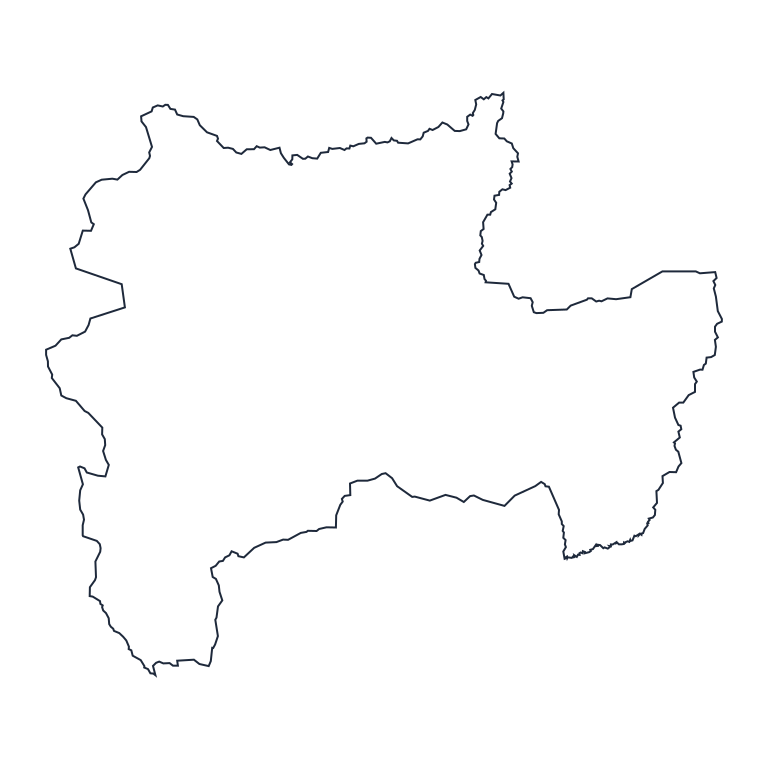 Sunyani West, Brong Ahafo, Ghana
{"feature_id": "2480657B93462158202754", "entity_name": "Sunyani West", "entity_type": "district", "adm_level": 2, "iso_a3": "GHA", "parent_name": "Ghana", "parent_adm1": "Brong Ahafo", "projection": "orthographic", "projection_center": [-2.305, 7.424], "detail": "fine", "context": "isolated", "style": "outline", "palette": "slate", "viewbox_px": 768, "rotation_deg": 0, "n_neighbors": 0, "source": "geoboundaries", "source_scale": "gbopen_adm2", "svg_char_len": 6064}
<svg xmlns="http://www.w3.org/2000/svg" viewBox="0 0 768 768"><path d="M503.4,92.8L500.4,95.5L492.0,94.0L488.4,98.4L486.3,97.1L483.8,99.3L480.7,97.0L475.3,100.0L476.2,104.4L474.8,109.9L472.8,113.1L473.3,115.0L472.6,115.8L470.2,114.6L467.2,116.8L467.2,121.0L468.5,124.4L466.2,129.3L459.8,131.1L454.7,130.9L447.3,124.5L442.4,122.5L438.4,127.0L432.6,130.0L429.5,128.8L428.0,130.9L423.7,132.7L422.7,136.4L420.3,139.4L417.5,139.3L408.1,143.4L398.1,142.7L397.0,140.8L393.8,140.4L391.5,138.0L389.8,141.3L387.5,142.4L384.8,141.9L376.2,143.7L371.0,137.8L367.6,137.6L366.4,138.4L366.6,141.7L364.5,143.3L358.8,143.9L353.3,146.3L350.3,145.6L349.4,148.5L346.5,148.4L344.5,150.0L339.9,148.0L332.3,148.9L329.2,147.9L328.1,152.0L320.8,152.8L317.2,158.6L312.3,158.2L307.9,156.5L305.3,158.7L302.9,158.8L297.2,154.9L292.4,155.4L292.3,159.3L290.0,162.3L292.1,164.1L291.4,164.9L289.0,164.4L283.8,157.8L280.9,153.2L279.5,147.7L270.3,150.0L264.6,147.3L259.8,147.6L256.7,146.2L254.0,149.2L246.7,149.3L241.4,153.9L236.3,152.5L232.9,148.9L228.1,147.7L223.7,148.0L217.0,141.0L218.0,138.7L217.0,135.9L207.0,132.3L199.8,125.2L197.3,119.4L193.7,116.9L183.2,116.2L177.2,114.5L175.0,109.6L170.4,108.9L167.9,104.9L165.3,104.8L162.8,106.5L157.7,105.4L152.8,107.5L151.6,111.4L141.1,116.3L141.5,121.4L146.0,127.1L152.0,146.9L149.2,152.4L150.0,155.9L149.3,158.2L140.1,169.8L136.6,172.0L129.1,171.8L122.4,175.0L117.4,179.6L112.4,178.7L101.7,179.7L95.9,182.3L85.5,194.4L83.4,198.6L88.0,210.2L91.3,222.4L93.8,224.2L91.0,230.8L82.8,230.6L78.7,243.8L74.4,247.3L70.3,248.7L75.9,268.4L121.7,284.2L124.9,307.4L90.4,318.5L88.6,325.0L85.1,331.6L76.9,335.8L72.4,335.3L69.2,337.8L61.3,339.4L55.5,345.7L46.1,349.7L46.1,354.9L47.9,361.3L48.0,366.5L52.2,374.6L51.8,378.0L59.7,388.2L61.3,395.5L66.3,398.2L75.9,400.8L84.6,411.0L88.3,412.9L102.3,427.6L102.1,434.4L104.8,439.1L105.2,445.1L103.1,451.0L105.9,459.9L108.8,464.9L105.4,476.4L97.9,475.7L86.8,472.5L84.5,468.3L80.0,466.5L78.2,467.4L82.9,484.3L80.2,490.3L79.2,500.6L80.2,509.6L83.1,514.6L84.0,519.7L82.7,525.2L82.7,535.3L83.1,536.2L96.8,540.9L99.8,544.2L100.6,548.2L100.2,551.8L95.4,561.5L96.0,577.2L95.0,580.1L89.9,587.2L89.7,596.1L92.7,596.6L100.0,601.1L100.4,603.9L102.7,605.4L102.1,607.1L103.2,610.5L106.0,613.1L108.7,618.2L109.2,624.1L110.8,626.7L113.2,628.7L114.0,630.9L119.3,633.1L123.2,636.8L126.3,640.5L128.9,646.6L128.7,649.1L131.3,650.3L132.7,655.7L140.7,660.1L144.4,666.1L144.2,667.5L148.0,669.1L150.4,673.3L153.4,673.6L155.4,675.2L153.0,665.9L156.1,662.8L159.2,661.6L163.3,663.4L169.6,663.1L173.0,665.7L177.9,665.7L177.2,660.7L193.9,659.7L199.4,664.0L208.7,666.1L210.8,661.1L212.2,647.8L213.2,648.0L215.1,644.5L217.9,636.1L215.3,619.8L216.5,617.6L218.0,606.4L222.3,600.4L219.5,591.8L218.8,585.4L215.9,578.9L212.7,577.0L211.0,568.2L215.7,565.8L219.2,561.5L222.9,560.9L225.1,557.4L229.4,555.3L231.6,551.3L237.6,553.7L238.4,556.2L243.9,557.4L254.2,547.8L265.6,542.6L276.4,542.1L283.1,539.6L288.1,539.8L300.8,532.9L306.5,531.9L307.8,530.8L316.6,531.0L319.1,529.0L326.5,527.3L335.9,527.5L336.2,515.3L340.3,504.8L342.7,501.6L341.9,498.9L344.7,495.9L350.3,495.1L350.0,483.5L357.3,480.7L367.4,480.7L375.0,478.6L381.8,474.0L385.6,473.2L392.1,478.2L397.1,486.2L412.2,496.9L414.8,496.6L429.8,500.6L445.5,494.9L456.5,497.7L463.8,502.0L470.1,496.1L473.9,495.5L482.8,499.9L504.5,505.9L514.7,495.6L535.3,486.1L541.1,481.9L544.7,484.1L545.5,486.3L548.9,486.7L559.0,509.9L558.7,514.3L561.8,521.4L561.8,524.0L563.7,526.1L562.7,530.9L563.9,532.5L563.3,537.8L565.6,540.1L564.9,544.4L565.9,547.1L563.3,551.5L564.6,558.8L566.4,558.1L565.5,557.5L567.0,556.5L567.3,558.1L567.7,557.3L571.8,557.9L573.2,556.3L573.9,557.3L574.8,556.8L574.4,555.3L576.8,556.9L578.0,554.7L579.6,554.9L579.4,553.3L580.6,552.5L582.7,553.3L582.9,551.2L585.0,552.0L585.0,553.2L589.3,552.1L590.8,551.0L590.3,549.8L592.9,549.1L595.8,545.0L596.1,546.1L597.8,545.9L597.4,544.7L600.1,545.1L603.3,548.2L604.6,547.4L607.8,548.6L610.2,546.7L609.6,546.1L610.9,546.3L610.9,544.4L612.7,544.5L616.2,542.3L616.2,543.2L617.2,542.7L618.9,544.3L621.9,544.3L623.8,544.0L624.0,542.6L625.4,543.7L624.8,542.5L627.6,541.3L629.3,541.9L630.2,539.8L630.6,540.9L632.5,540.4L634.4,535.7L635.8,536.2L638.9,534.2L638.8,535.3L640.2,533.8L641.5,534.8L641.7,533.5L643.1,533.1L644.7,528.9L647.7,525.4L647.2,523.4L648.4,523.1L648.0,521.8L649.6,520.0L648.8,518.6L652.9,517.5L654.9,515.0L655.3,509.8L653.2,507.4L657.0,502.9L656.4,491.1L658.4,489.9L662.9,483.0L662.5,476.1L669.5,472.0L676.1,472.2L678.5,466.5L681.4,463.1L678.3,451.7L675.9,449.7L674.5,445.9L675.0,443.4L673.9,442.4L679.8,437.5L678.4,431.6L681.3,429.2L680.6,425.7L678.4,425.0L675.0,417.6L673.0,407.7L679.1,402.6L683.3,402.6L688.7,395.1L695.0,391.9L695.0,384.1L696.8,381.6L694.2,377.5L693.4,371.9L700.0,369.6L702.5,369.7L703.9,365.0L705.8,363.6L706.6,357.6L711.1,357.1L714.8,355.0L715.9,346.8L714.9,339.9L717.9,337.4L715.0,331.7L715.0,326.7L717.1,323.8L721.8,321.6L721.9,319.0L717.8,311.1L715.9,296.6L713.8,288.4L715.3,285.0L713.4,281.1L716.6,278.0L715.2,272.1L699.9,273.3L695.8,271.4L662.4,271.4L631.8,289.1L630.4,297.2L616.1,299.2L607.5,298.4L601.5,301.3L599.1,300.7L596.2,301.5L591.7,298.3L588.0,298.3L586.9,299.7L570.7,305.6L566.8,309.5L547.1,310.2L543.4,312.8L536.4,313.1L533.8,312.2L531.8,305.8L532.7,302.2L530.6,298.2L522.6,297.3L518.6,298.7L514.2,296.7L508.5,283.8L485.6,282.3L486.0,280.8L484.5,279.0L483.8,275.0L479.6,273.5L478.5,270.5L475.4,267.9L474.9,264.1L475.7,262.8L479.2,262.0L479.5,258.8L481.5,255.0L479.7,250.5L483.2,245.9L481.9,243.7L482.6,240.9L481.8,237.1L480.3,235.4L480.8,231.1L483.6,229.0L483.1,222.2L487.4,214.7L490.2,214.7L490.9,212.1L495.3,209.3L496.2,202.8L494.0,199.5L494.5,195.7L499.1,194.9L499.3,191.8L502.4,189.3L505.6,190.1L510.2,187.7L509.6,185.1L511.7,183.6L510.0,181.5L511.5,178.1L509.7,173.7L511.8,171.6L510.4,169.0L512.2,167.1L512.6,164.4L511.6,161.4L518.6,161.5L517.3,156.8L518.0,153.3L513.3,148.2L511.8,143.5L506.8,141.3L504.3,138.5L499.3,138.3L495.6,133.9L497.1,123.1L498.2,120.9L502.0,118.2L503.2,113.4L503.4,111.4L501.2,108.6L503.4,102.0L502.5,100.4L503.7,99.4L503.4,92.8Z" fill="none" stroke="#1e293b" stroke-width="2"/></svg>